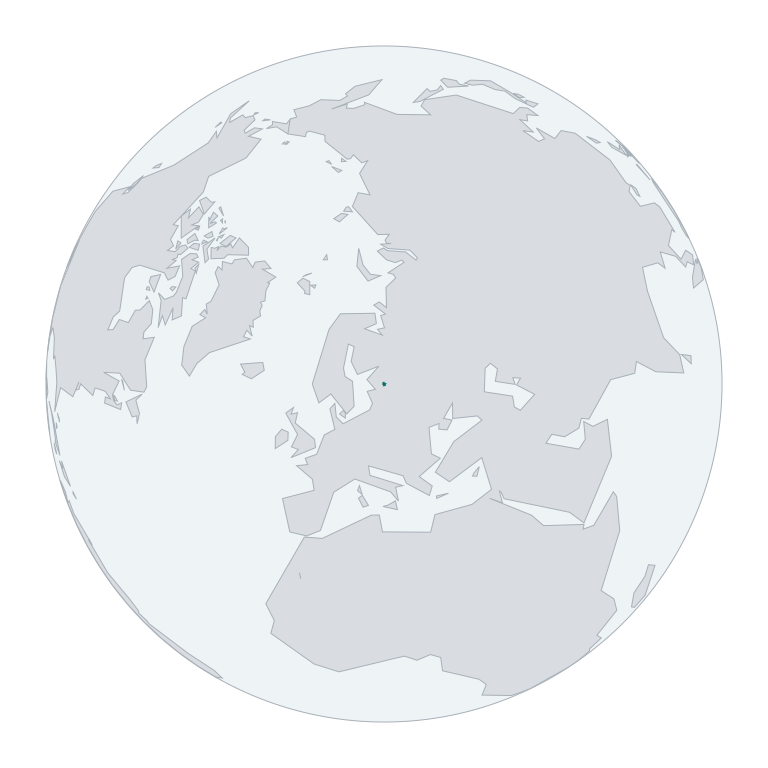 globe centered on Balvu, rotated 327°
{"feature_id": "LVA-1063", "entity_name": "Balvu", "entity_type": "Municipality", "adm_level": 1, "iso_a3": "LVA", "parent_name": "Latvia", "parent_adm1": "", "projection": "orthographic", "projection_center": [27.276, 57.034], "detail": "fine", "context": "on_globe", "style": "filled", "palette": "teal", "viewbox_px": 768, "rotation_deg": 327, "n_neighbors": 0, "source": "natural_earth", "source_scale": "10m", "svg_char_len": 11737}
<svg xmlns="http://www.w3.org/2000/svg" viewBox="0 0 768 768"><g transform="rotate(327 384 384)"><circle cx="384" cy="384" r="338" fill="#eef3f6" stroke="#a8b0b8"/><path d="M166.5,125.4L207.4,97.1L181.4,113.5L196.6,102.8L201.2,99.8L199.0,101.4L219.8,90.1L236.2,81.9L261.7,74.7L278.1,80.1L268.5,82.4L273.5,84.0L285.9,81.5L292.8,79.5L326.9,86.0L367.9,86.1L381.0,80.8L378.0,86.6L402.8,73.8L425.1,73.1L399.8,77.3L397.1,80.6L412.2,81.4L412.7,85.0L420.4,87.7L419.6,92.2L404.9,95.0L404.2,98.1L414.9,98.6L420.9,103.8L405.3,102.5L414.2,111.7L391.3,119.3L350.0,114.4L337.0,124.6L294.0,135.6L297.7,139.2L283.7,146.5L282.8,153.5L275.1,154.1L281.1,159.3L288.3,157.5L293.3,159.3L293.5,163.4L283.6,164.7L282.1,162.8L279.3,165.4L274.4,164.4L276.9,167.3L265.0,168.7L276.9,173.6L267.4,180.0L259.5,179.3L260.3,171.1L243.9,151.3L236.1,149.1L224.3,153.6L202.0,178.9L193.4,180.3L181.8,188.2L186.4,190.8L197.2,185.8L203.0,193.3L215.6,186.7L219.8,189.1L232.6,186.2L230.6,195.7L221.7,206.7L210.9,209.7L206.6,214.9L216.8,219.7L196.7,233.5L183.4,257.2L178.2,260.1L168.1,251.2L168.3,231.0L155.2,221.6L163.5,237.2L150.4,245.2L148.2,250.8L148.8,256.1L153.7,256.9L149.2,262.0L139.3,247.9L143.3,243.1L146.4,247.4L146.3,238.3L139.6,229.9L133.5,235.1L129.7,218.6L125.3,222.3L122.0,221.2L129.3,216.1L116.1,225.2L110.8,210.9L92.7,227.9L110.6,204.3L117.1,192.8L123.4,180.8L120.3,183.2L132.8,165.6L137.1,156.3L128.6,162.9L119.4,173.8L141.8,148.4L166.5,125.4ZM112.1,183.3L103.5,195.8L104.3,195.7L97.6,207.8L92.4,213.2L112.1,183.3ZM91.8,214.2L79.0,239.0L76.4,244.0L91.8,214.2ZM59.9,288.2L59.9,289.9L58.1,300.9L54.4,311.3L56.3,310.4L53.3,323.8L52.0,353.9L51.2,353.9L49.5,392.3L53.6,426.4L54.6,441.0L53.5,442.4L56.3,453.8L56.4,457.2L72.8,502.7L85.6,531.8L88.2,542.5L83.4,538.1L84.5,540.5L74.3,519.2L65.6,497.2L58.5,474.7L52.9,451.8L49.0,428.5L46.7,405.0L46.1,381.4L47.1,357.8L49.8,334.3L54.0,311.1L59.9,288.2ZM88.2,231.7L73.3,267.4L77.0,252.4L77.2,254.0L82.0,243.7L89.2,227.7L93.8,215.8L88.2,231.7ZM92.2,235.7L94.4,230.3L92.9,235.0L92.2,235.7ZM295.8,78.2L286.1,81.1L274.7,82.3L282.8,79.4L295.8,78.2ZM317.5,77.9L313.1,79.9L307.9,77.1L312.0,76.7L317.5,77.9ZM390.2,76.6L382.2,76.8L389.8,75.4L390.2,76.6ZM421.5,87.4L423.6,86.3L426.7,88.2L421.5,87.4ZM232.9,181.3L232.7,183.7L230.4,183.0L232.9,181.3ZM238.6,177.9L236.0,175.4L238.4,173.4L239.9,175.0L238.6,177.9ZM428.4,96.9L432.6,100.6L425.8,97.2L428.4,96.9ZM241.2,181.6L242.8,170.3L247.0,167.0L256.3,170.5L241.2,181.6ZM433.4,103.1L443.9,112.7L449.5,110.8L439.6,121.9L434.0,109.8L424.6,105.8L431.6,105.9L433.4,103.1ZM290.5,155.1L282.8,157.3L289.1,151.7L290.5,155.1ZM293.4,151.2L305.5,132.7L316.9,132.0L310.5,138.2L325.3,134.6L324.9,143.3L316.7,147.2L309.4,145.9L314.8,150.3L293.4,151.2ZM432.4,126.8L432.8,129.8L429.6,127.3L432.4,126.8ZM295.8,159.6L297.3,155.7L307.3,154.8L306.3,162.4L303.4,160.2L295.8,159.6ZM329.3,129.6L336.6,130.5L338.3,137.7L341.3,139.1L325.9,143.5L329.3,129.6ZM301.2,162.5L305.5,166.3L300.9,170.6L295.1,163.3L301.2,162.5ZM310.3,151.4L315.1,151.4L312.1,153.9L310.3,151.4ZM287.0,188.7L288.5,183.8L293.8,182.8L287.0,188.7ZM307.4,167.4L309.0,166.0L311.2,165.1L313.1,168.5L307.4,167.4ZM328.1,148.4L327.3,151.4L334.5,147.0L336.1,152.5L325.5,154.6L330.7,156.0L331.2,157.7L322.0,157.5L328.1,148.4ZM321.8,169.5L308.8,174.5L304.9,183.7L300.0,184.8L307.2,169.8L321.8,169.5ZM322.7,162.4L321.0,167.0L315.8,165.8L313.8,161.9L322.7,162.4ZM341.0,155.6L341.3,146.6L343.6,146.5L341.0,155.6ZM321.6,172.3L324.8,171.1L322.0,173.1L321.6,172.3ZM336.2,160.9L336.0,157.7L338.6,157.6L336.2,160.9ZM331.2,171.5L327.0,173.0L325.4,170.4L331.2,171.5ZM334.3,166.8L337.9,167.6L327.4,168.5L333.8,165.3L334.3,166.8ZM338.7,161.4L340.2,160.3L338.4,162.8L338.7,161.4ZM339.4,180.9L326.5,182.7L323.1,176.7L336.1,175.7L339.4,180.9ZM339.5,719.0L338.7,718.8L321.1,714.6L296.8,698.3L306.1,691.8L302.9,683.4L276.9,656.4L282.6,644.2L275.6,636.2L261.2,633.6L253.0,623.4L244.3,620.2L189.5,600.9L172.9,580.8L153.3,531.5L163.2,522.6L165.2,503.9L233.8,469.0L248.2,479.9L302.0,487.1L308.7,491.3L302.2,507.2L342.4,533.7L355.6,521.3L392.3,532.9L416.8,530.9L425.9,499.0L385.7,501.6L379.0,486.0L411.3,470.3L446.4,467.7L444.9,461.6L422.9,450.4L431.1,437.2L415.2,445.3L421.5,451.3L411.8,456.8L405.4,451.7L408.6,447.1L398.1,444.9L385.7,468.4L390.8,476.9L363.1,480.8L368.9,495.8L361.3,502.2L348.7,479.5L350.0,471.3L326.4,444.2L322.5,453.0L344.5,479.5L337.5,476.9L332.4,490.0L330.8,478.1L307.8,447.8L282.9,447.4L250.9,472.2L236.4,469.3L224.4,456.8L236.5,424.8L267.5,435.1L272.1,424.8L266.2,404.9L276.1,410.0L277.5,403.4L289.2,406.3L306.1,394.2L318.1,395.3L325.1,375.4L332.2,373.5L326.0,385.7L328.1,395.1L357.9,397.9L363.8,394.0L365.9,381.0L373.9,383.8L372.1,371.0L389.4,366.3L366.9,361.5L368.8,347.1L379.3,336.5L375.9,331.1L358.7,348.6L355.4,356.5L359.1,364.5L346.8,386.4L336.5,388.8L334.0,363.4L319.1,364.4L323.8,345.0L367.6,308.3L385.7,301.4L414.9,319.7L410.5,329.2L397.8,327.1L409.2,342.1L408.4,334.6L415.0,337.2L418.5,324.8L423.3,326.1L418.4,312.3L424.7,312.6L427.7,321.3L438.3,304.1L451.5,301.5L451.6,297.1L447.9,293.0L467.1,292.9L466.3,289.7L459.7,288.4L453.8,281.3L450.8,268.9L457.6,269.6L459.6,274.1L474.0,285.0L478.3,297.5L480.8,296.6L478.7,285.9L461.1,272.5L457.4,265.0L466.5,270.0L462.9,267.5L463.2,264.0L469.9,261.3L460.2,255.3L454.2,217.9L466.5,209.5L475.3,217.7L478.2,194.1L491.9,187.8L485.8,186.4L483.1,175.1L478.7,176.8L475.6,175.4L466.7,148.4L469.9,143.1L459.1,131.2L455.9,130.7L452.9,133.8L439.6,121.9L449.5,110.8L456.2,112.5L457.8,104.9L472.8,110.0L485.9,111.2L501.3,122.1L510.3,122.6L509.9,119.6L521.9,118.6L548.0,127.6L528.7,133.2L489.8,124.9L505.8,129.1L502.7,132.2L508.8,136.4L520.0,139.3L521.0,137.1L541.7,164.9L569.7,183.7L566.5,171.1L572.9,167.7L602.0,181.0L639.6,227.6L648.5,226.0L654.7,230.8L659.3,242.7L650.5,235.9L647.7,241.6L642.0,236.3L646.4,254.0L638.5,247.2L645.8,264.8L652.2,265.8L651.2,252.2L661.0,271.2L670.6,267.9L680.9,277.8L695.5,319.1L696.6,346.8L698.6,351.7L694.3,356.0L695.8,374.6L709.5,379.4L711.7,385.8L710.7,415.3L709.4,411.3L698.0,422.8L701.1,441.2L709.9,436.1L713.1,443.8L708.6,452.7L704.8,446.6L700.7,450.2L698.1,435.7L687.6,423.7L682.8,440.0L679.6,431.5L664.4,426.9L655.5,449.7L643.7,497.5L648.0,520.4L641.4,538.0L618.7,521.8L607.9,502.6L600.1,511.6L576.5,503.8L536.8,525.0L530.8,520.3L523.4,527.2L506.7,526.6L497.4,517.6L487.5,521.9L512.1,544.8L522.7,540.0L531.1,524.2L536.1,533.3L552.1,535.3L535.5,568.6L476.0,609.4L469.8,592.7L422.2,545.6L423.4,538.7L423.1,538.0L422.5,536.7L418.6,548.1L410.3,537.4L436.2,574.3L440.7,589.7L475.2,610.7L472.1,614.2L483.0,616.8L517.6,599.3L517.9,605.0L501.8,635.4L453.6,675.5L459.8,689.5L456.0,700.6L425.6,710.7L427.9,715.3L412.1,718.1L410.9,719.8L398.0,721.5L384.3,721.9L339.5,719.0ZM210.2,496.3L208.3,501.9L208.3,502.0L210.2,496.3ZM484.0,480.3L504.7,474.7L494.6,456.9L501.7,453.5L495.6,448.9L493.7,455.7L478.8,442.4L487.4,433.1L484.5,424.5L477.3,426.0L463.9,445.2L485.2,464.2L480.8,474.2L484.0,480.3ZM52.1,354.7L51.5,360.4L51.3,355.6L52.1,354.7ZM75.1,254.0L73.1,260.1L71.3,264.7L72.3,260.5L75.1,254.0ZM64.5,305.1L63.4,313.0L63.5,306.4L64.5,305.1ZM71.6,272.9L65.3,299.1L65.6,287.6L70.0,271.4L68.4,280.3L71.6,272.9ZM88.1,237.8L86.4,242.2L85.2,242.6L88.1,237.8ZM91.2,239.2L91.4,237.9L93.4,234.8L91.2,239.2ZM151.0,246.0L151.6,247.3L151.2,253.2L149.1,251.3L151.0,246.0ZM162.9,275.4L155.3,282.9L159.3,276.0L154.9,274.5L157.8,258.5L175.7,260.8L167.1,262.4L162.9,275.4ZM166.7,238.6L162.8,248.0L166.3,237.7L166.7,238.6ZM273.6,366.2L277.4,372.2L272.7,378.9L257.6,378.9L264.2,369.0L273.6,366.2ZM284.0,379.3L285.8,354.9L295.3,354.4L289.7,358.7L295.8,360.9L288.3,368.4L295.6,392.5L291.9,400.1L265.9,395.1L276.5,392.3L272.1,386.3L284.0,379.3ZM273.7,298.4L274.6,289.2L294.1,299.9L291.0,307.3L275.6,307.4L270.3,298.7L273.7,298.4ZM257.4,190.7L256.6,187.4L259.3,186.9L262.3,189.3L257.4,190.7ZM287.3,186.5L264.3,204.7L262.1,201.8L251.2,216.6L241.2,214.9L248.6,205.2L232.7,215.3L235.4,205.9L225.3,213.7L242.7,192.4L244.4,184.7L246.3,193.8L255.5,195.5L259.9,194.0L273.9,184.1L282.1,169.2L292.5,169.0L297.7,172.8L297.3,176.4L290.7,175.3L294.9,180.9L285.0,182.0L287.3,186.5ZM352.1,225.6L344.6,221.5L351.5,235.4L341.6,235.6L343.0,237.2L335.8,241.4L329.5,249.4L325.1,248.2L324.5,251.9L319.7,254.9L317.5,259.7L308.7,259.3L305.3,265.2L303.1,261.7L299.5,272.0L298.3,264.3L291.9,267.8L296.5,273.5L254.7,262.6L238.2,264.9L225.1,271.4L224.7,257.9L236.7,243.5L254.5,231.2L270.5,231.3L267.4,225.5L274.2,223.9L273.8,229.1L278.4,220.2L283.9,220.4L299.7,211.1L303.0,198.7L308.9,195.2L310.3,200.2L315.2,193.3L321.9,200.5L326.2,198.4L337.2,203.6L337.4,214.9L342.3,211.6L350.9,215.8L352.1,225.6ZM342.3,182.7L344.8,195.5L340.6,202.2L323.3,190.4L318.4,191.4L307.1,184.7L313.4,175.4L316.1,178.1L320.1,178.6L316.5,181.3L322.4,179.5L326.2,183.3L331.8,183.1L331.1,187.3L342.3,182.7ZM316.5,486.2L321.7,487.8L329.9,488.2L326.8,496.7L316.5,486.2ZM300.4,465.8L305.2,465.6L304.8,477.3L299.4,475.9L300.4,465.8ZM308.1,455.9L305.5,464.7L303.7,459.1L308.1,455.9ZM330.4,384.9L335.5,384.1L335.9,387.2L333.0,391.5L330.4,384.9ZM370.4,268.7L366.7,264.8L368.3,263.1L366.4,251.9L373.6,251.1L377.5,257.6L370.4,268.7ZM418.9,505.2L411.7,512.0L408.0,509.3L411.2,507.5L418.9,505.2ZM366.9,506.5L378.6,510.7L365.9,508.7L366.9,506.5ZM377.9,265.9L376.3,261.3L380.8,263.8L377.9,265.9ZM378.7,250.0L384.1,251.8L374.2,249.7L378.7,250.0ZM512.5,683.7L487.9,703.4L472.3,707.7L470.2,705.7L479.8,695.4L498.1,687.4L507.4,679.6L512.5,683.7ZM713.1,460.9L712.3,464.0L713.7,457.8L715.4,450.1L713.1,460.9ZM713.5,458.8L708.6,470.4L695.9,472.1L700.6,462.8L712.7,449.5L712.1,454.1L715.0,448.7L713.5,458.8ZM719.9,421.3L718.9,428.2L718.4,423.7L718.7,415.1L719.8,408.2L719.5,362.5L720.2,357.3L721.4,373.4L721.7,372.6L721.7,397.0L719.9,421.3ZM649.5,521.2L656.9,527.4L652.7,534.3L649.5,521.2ZM715.9,338.6L718.3,357.7L715.0,336.9L715.9,338.6ZM711.9,322.5L713.5,325.9L712.2,326.5L711.9,322.5ZM701.8,357.5L700.8,365.9L699.2,363.2L699.4,351.0L701.8,357.5ZM688.7,286.6L694.8,295.0L696.8,299.3L693.4,297.7L688.7,286.6ZM436.7,256.4L431.3,272.6L432.3,284.5L440.2,291.3L426.7,289.0L425.3,270.6L436.7,256.4ZM451.3,222.4L444.3,217.0L448.7,215.1L450.9,216.1L451.3,222.4ZM446.1,222.1L434.9,223.7L431.9,218.0L441.3,217.8L446.1,222.1ZM406.4,244.3L404.3,249.0L400.7,246.8L406.4,244.3ZM716.9,326.3L716.7,327.9L718.2,338.2L713.7,313.3L714.9,315.7L716.9,326.3ZM714.2,318.6L715.8,328.1L713.1,315.2L714.2,318.6ZM715.2,327.7L713.6,323.8L713.3,318.8L715.2,327.7ZM713.8,315.1L710.7,305.8L712.0,307.6L713.8,315.1ZM709.3,315.8L711.5,311.3L711.5,323.9L703.9,309.5L703.3,302.4L709.3,315.8ZM657.7,219.9L653.6,217.7L650.9,210.8L654.5,214.2L657.7,219.9ZM638.4,187.7L648.8,208.2L656.5,225.7L657.6,223.1L665.7,232.9L660.1,233.3L649.5,216.3L645.0,204.3L637.5,197.5L629.9,186.3L621.0,181.6L615.5,175.6L622.1,176.3L638.4,187.7ZM617.3,180.2L599.0,169.8L597.1,160.1L600.7,160.2L609.9,168.9L610.4,173.5L617.3,180.2ZM594.0,164.6L594.3,169.1L567.9,166.6L561.9,163.8L581.0,159.7L582.2,163.8L589.0,166.4L594.0,164.6ZM436.3,129.4L433.1,129.7L434.8,127.6L436.3,129.4ZM473.3,176.6L469.3,174.3L471.5,171.6L473.3,176.6ZM459.4,166.6L459.7,171.2L456.6,166.1L459.4,166.6ZM461.0,181.8L458.5,173.0L464.9,181.9L461.0,181.8Z" fill="#d9dde1" stroke="#a8b0b8" stroke-width="1"/><path d="M384.3,382.5L384.6,382.6L384.5,382.8L384.4,383.3L384.6,383.5L384.8,383.7L384.9,384.0L385.0,383.9L385.1,384.0L385.3,384.3L385.1,384.3L384.8,384.5L384.7,384.7L384.5,384.8L384.6,385.1L384.4,385.1L384.3,385.3L384.3,385.2L384.3,385.3L384.2,385.3L384.2,385.5L383.9,385.4L383.7,385.4L383.4,385.3L383.2,385.4L382.9,385.2L383.0,385.1L383.1,384.9L383.4,384.9L383.6,385.0L383.8,385.0L383.8,384.8L384.0,384.7L384.1,384.3L383.9,384.2L384.0,384.2L384.2,383.8L383.8,383.7L383.6,383.7L383.4,383.7L383.1,383.5L383.3,383.3L383.4,383.2L383.5,383.0L383.6,382.9L383.8,382.8L383.9,382.7L384.0,382.7L384.3,382.5Z" fill="#14b8a6" stroke="#0f766e" stroke-width="1.5"/></g></svg>